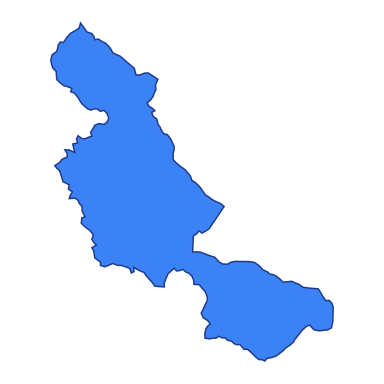 Itaperuçu, Paraná, Brazil (Mercator projection)
{"feature_id": "56859067B7017772888773", "entity_name": "Itaperuçu", "entity_type": "district", "adm_level": 2, "iso_a3": "BRA", "parent_name": "Brazil", "parent_adm1": "Paraná", "projection": "mercator", "projection_center": [-49.491, -25.111], "detail": "fine", "context": "isolated", "style": "filled", "palette": "blue", "viewbox_px": 384, "rotation_deg": 0, "n_neighbors": 0, "source": "geoboundaries", "source_scale": "gbopen_adm2", "svg_char_len": 3191}
<svg xmlns="http://www.w3.org/2000/svg" viewBox="0 0 384 384"><path d="M331.5,327.8L332.9,321.0L332.9,315.7L333.1,311.7L333.2,307.5L332.0,303.5L329.3,300.4L325.6,300.6L322.9,296.5L320.7,292.6L318.2,288.8L309.2,288.1L303.0,287.3L299.2,284.4L295.4,282.9L291.7,281.3L283.1,282.2L280.1,279.2L276.8,276.5L273.2,274.6L270.0,274.1L267.1,271.7L263.0,269.8L258.8,265.4L254.4,262.4L249.5,261.6L234.9,261.4L231.5,262.0L227.4,264.2L222.7,264.0L219.2,262.1L214.7,257.2L209.7,255.7L200.6,252.2L196.5,251.8L192.6,252.1L193.4,235.8L196.5,233.9L199.0,230.9L202.0,233.1L205.4,231.3L209.2,228.7L224.1,206.5L220.7,203.6L217.4,202.2L214.4,200.8L211.6,199.2L208.3,196.6L205.6,195.1L202.6,190.9L199.6,186.6L195.5,182.7L191.8,180.2L190.4,176.0L185.2,169.8L179.9,166.0L175.5,162.3L173.2,159.6L173.1,153.7L174.1,149.7L174.1,146.3L170.5,138.7L167.4,134.7L163.7,133.6L161.7,130.8L160.0,126.9L157.9,124.0L156.8,119.0L153.0,116.3L151.8,112.4L154.9,110.7L151.9,108.0L149.0,106.3L147.2,103.0L151.0,99.5L153.1,96.4L154.4,92.7L156.0,89.5L155.4,85.0L157.9,79.3L154.3,76.9L151.8,75.3L148.2,72.9L144.3,73.2L140.5,74.8L136.1,75.1L134.3,68.3L127.2,62.3L120.3,56.3L112.8,52.8L110.3,48.1L105.5,43.1L101.9,41.4L98.2,39.0L94.9,39.7L93.8,36.2L91.9,33.6L86.9,31.9L84.0,27.7L80.5,23.0L79.2,28.0L75.9,30.3L70.4,33.4L66.8,37.5L63.3,42.6L60.3,42.0L58.2,45.0L57.6,48.9L56.3,51.8L52.2,54.7L50.8,59.7L51.6,64.4L53.0,68.3L56.2,71.4L56.5,76.7L57.0,79.9L60.3,82.9L63.8,85.7L67.6,86.7L71.9,88.3L70.6,91.7L74.2,92.9L78.0,97.5L80.4,101.6L82.3,104.2L87.4,108.7L90.8,110.1L93.8,108.9L97.1,108.9L100.2,111.3L103.8,110.4L106.6,112.8L108.8,117.9L107.6,121.3L104.3,124.4L98.7,123.6L94.9,125.2L92.5,129.4L90.6,132.4L91.9,136.2L88.8,137.1L84.9,138.8L81.8,138.5L78.0,135.7L76.5,139.0L77.6,143.0L72.8,144.0L73.9,149.2L74.8,152.5L68.9,149.9L64.9,149.9L67.2,153.5L67.3,156.8L62.0,159.4L59.0,163.0L54.8,165.6L57.1,168.6L59.5,170.6L61.2,175.5L63.1,181.9L66.0,183.1L69.2,184.9L68.4,189.2L72.5,192.0L70.4,194.9L69.2,198.6L75.1,198.2L78.0,200.3L79.3,203.4L82.0,206.5L82.2,211.3L85.1,216.9L81.8,217.9L81.3,223.3L85.0,226.8L89.7,230.4L93.3,234.7L91.9,239.4L93.8,242.4L96.3,245.0L91.8,247.7L93.6,250.7L94.9,258.0L100.5,262.1L100.4,265.4L104.8,266.8L109.5,264.9L112.8,263.5L117.8,265.4L121.4,265.4L126.1,267.0L129.7,268.4L131.3,273.0L134.0,271.6L133.7,267.4L139.1,270.5L144.1,272.5L145.9,275.3L149.0,278.9L152.3,282.6L154.8,286.1L158.1,286.5L164.4,286.9L164.2,283.1L166.0,278.6L168.0,273.8L172.1,270.1L174.4,268.2L176.4,270.9L179.5,270.6L183.1,269.4L185.5,271.8L189.1,273.4L191.8,276.0L193.6,279.8L194.0,284.4L199.1,284.6L202.3,288.5L205.4,291.9L207.3,297.3L207.2,300.8L205.0,304.9L203.1,309.4L201.2,313.1L203.4,317.9L207.5,320.4L210.3,324.0L207.9,325.9L205.9,328.8L204.8,333.5L205.0,338.1L209.5,338.9L212.8,338.1L216.1,338.2L218.5,336.2L222.2,337.9L225.2,337.9L227.4,340.2L231.8,341.3L234.0,343.6L237.1,344.8L240.0,344.5L243.9,349.3L247.6,349.3L252.5,353.7L255.9,357.2L258.8,359.5L262.0,359.7L264.9,361.0L266.8,358.5L271.3,357.6L275.8,356.2L278.9,354.0L282.6,351.2L285.9,347.9L290.7,344.6L293.4,342.0L295.0,339.3L298.1,335.4L302.2,330.2L306.9,326.0L309.7,325.2L314.0,329.8L319.1,330.8L327.8,329.9L331.5,327.8Z" fill="#3b82f6" stroke="#1e3a8a" stroke-width="1.5"/></svg>